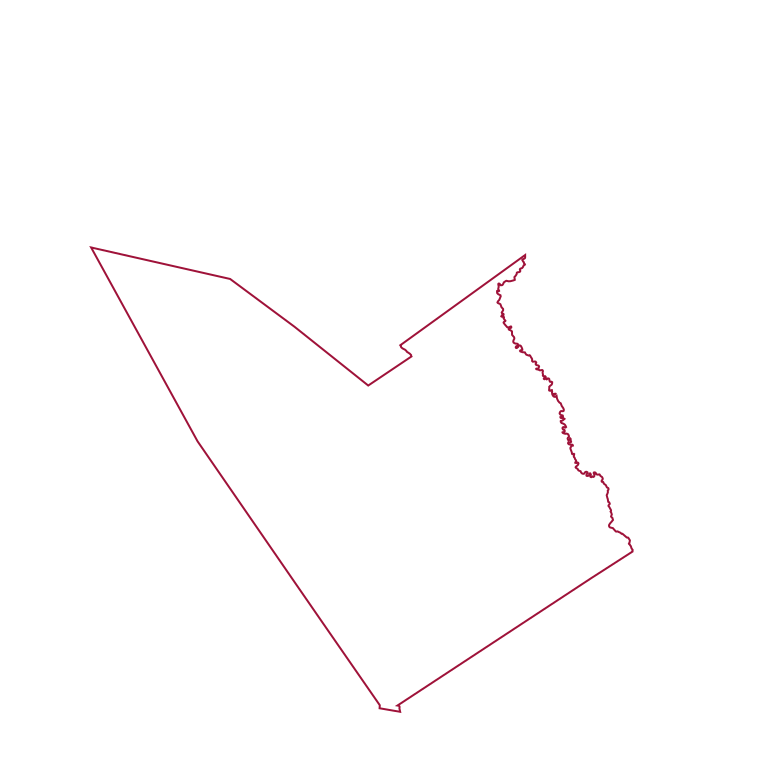 Avellaneda, Río Negro, Argentina, rotated 55°
{"feature_id": "61730980B30095926529222", "entity_name": "Avellaneda", "entity_type": "district", "adm_level": 2, "iso_a3": "ARG", "parent_name": "Argentina", "parent_adm1": "Río Negro", "projection": "albers", "projection_center": [-66.022, -39.232], "detail": "fine", "context": "isolated", "style": "outline", "palette": "rose", "viewbox_px": 768, "rotation_deg": 55, "n_neighbors": 0, "source": "geoboundaries", "source_scale": "gbopen_adm2", "svg_char_len": 6153}
<svg xmlns="http://www.w3.org/2000/svg" viewBox="0 0 768 768"><g transform="rotate(55 384 384)"><path d="M361.6,348.4L362.6,348.3L362.8,348.6L363.5,348.8L364.0,348.8L365.5,348.4L368.0,347.1L369.6,346.7L370.6,346.8L373.9,345.5L375.8,345.2L376.4,345.6L377.2,345.7L376.2,397.8L285.7,424.5L209.7,449.8L104.2,545.6L324.0,569.6L497.0,570.9L544.3,571.2L644.7,571.7L647.1,573.6L661.8,558.8L658.5,557.4L657.8,556.7L656.9,556.2L656.1,556.4L655.1,557.4L661.9,325.5L663.8,276.7L663.4,276.7L662.9,275.8L662.6,275.5L660.6,275.5L658.4,274.8L657.4,274.9L656.3,274.7L655.9,275.0L655.3,275.0L654.5,273.6L653.2,272.3L652.6,272.2L650.1,272.1L649.6,272.3L649.3,272.9L648.9,273.2L643.4,274.6L643.0,275.3L641.6,275.6L640.8,276.0L639.6,276.8L638.8,277.1L638.1,278.4L637.7,278.7L633.3,279.2L631.4,280.9L630.9,281.2L630.1,281.3L629.4,281.1L628.7,280.6L628.2,279.6L627.8,278.5L627.3,276.4L626.7,274.4L624.7,273.7L623.7,274.0L622.8,274.0L621.5,272.2L619.9,271.7L618.5,271.6L618.2,270.8L617.5,270.4L613.9,270.0L612.8,270.1L612.4,269.9L612.1,269.4L611.8,268.0L611.5,267.7L610.1,267.4L609.1,267.9L606.4,266.6L605.5,266.4L602.9,265.4L602.5,264.9L602.2,264.2L601.1,262.7L599.6,261.8L599.3,260.7L598.6,260.2L597.9,260.0L596.5,260.7L594.0,260.3L592.0,261.0L591.1,261.0L590.6,260.7L590.0,260.7L589.1,261.6L588.7,261.6L588.3,261.4L587.9,260.9L587.7,259.9L587.0,259.1L585.9,258.8L585.1,258.8L583.5,259.4L581.8,259.3L581.5,259.5L581.1,260.5L580.5,261.3L579.8,261.7L578.0,261.6L577.3,262.0L576.9,262.6L577.0,263.1L577.6,263.5L579.1,263.7L580.1,264.6L580.3,265.3L580.2,265.8L579.4,266.2L579.4,267.0L579.2,267.7L578.6,268.1L578.0,268.0L577.6,267.8L577.3,266.9L576.9,266.5L575.8,266.3L575.4,266.4L575.2,267.0L576.3,268.4L576.4,269.2L575.9,270.3L575.4,270.7L574.7,270.5L574.2,269.8L573.6,268.3L573.0,268.0L572.3,268.3L571.8,268.8L571.6,269.7L572.2,271.5L571.8,272.4L570.8,273.1L569.5,273.3L568.2,273.0L566.8,274.0L566.2,274.3L564.5,274.1L563.1,274.8L562.1,274.8L561.8,274.3L561.6,271.9L561.3,271.1L560.5,270.2L559.9,270.2L559.4,270.4L559.0,271.9L558.2,272.5L557.9,272.2L557.7,271.2L557.4,270.8L556.4,270.5L555.3,270.6L553.5,270.1L552.9,270.3L552.2,270.1L550.5,268.4L550.1,268.5L549.9,269.0L549.8,269.7L549.4,270.0L548.9,270.0L547.8,269.4L543.9,268.4L543.1,267.8L542.7,266.8L542.3,265.9L542.8,264.6L542.3,264.4L541.7,264.6L540.6,266.1L539.6,267.0L539.2,267.2L538.3,267.3L537.7,266.8L537.4,266.2L538.7,264.9L538.8,264.6L538.7,263.9L538.4,263.7L537.4,263.5L536.0,262.6L535.4,262.7L535.5,263.1L536.2,264.1L535.7,265.1L535.2,265.3L533.9,264.8L533.5,264.1L533.4,263.1L533.0,262.5L532.2,262.2L530.9,262.0L530.7,262.2L530.1,262.3L529.2,263.1L529.0,263.7L528.4,264.4L527.2,265.3L526.5,265.6L526.0,265.5L526.1,264.9L526.4,264.7L526.8,264.0L526.6,263.3L526.0,262.9L525.6,262.6L525.1,262.6L524.8,262.8L524.5,263.2L523.9,263.4L523.0,263.3L522.5,263.1L522.2,262.7L522.1,262.2L522.4,261.4L523.6,260.7L523.8,260.2L523.7,259.5L522.0,259.2L521.0,259.2L520.1,259.5L518.6,260.3L517.9,260.9L517.1,261.0L516.3,260.9L515.7,260.4L516.2,259.2L516.3,258.4L516.1,256.2L515.2,256.5L513.2,258.6L512.7,258.7L512.3,258.5L512.4,258.2L513.2,257.5L513.6,256.8L513.6,256.3L512.9,255.8L512.2,255.7L511.0,256.8L510.1,257.1L509.0,257.1L508.5,256.7L507.9,255.8L507.7,254.9L507.8,254.4L508.9,253.1L509.0,252.2L508.3,251.5L507.5,251.2L506.5,251.0L503.9,251.0L501.2,250.3L499.9,250.9L497.7,251.1L495.1,250.6L492.8,249.5L492.8,251.0L492.1,251.9L491.1,252.3L489.8,252.2L490.2,251.4L490.6,249.7L490.5,249.0L490.4,249.0L490.2,249.2L489.4,250.8L489.0,251.3L488.2,251.6L487.8,251.6L487.3,251.3L486.8,250.7L485.3,250.0L484.9,250.7L485.0,251.6L484.8,251.9L484.0,252.4L483.7,252.3L482.0,250.8L481.1,250.3L480.8,249.2L480.7,247.2L480.2,246.2L479.0,245.2L478.6,245.3L477.9,245.8L477.6,246.6L476.4,246.6L474.7,245.8L474.0,245.9L473.4,246.5L473.4,247.1L473.6,247.8L473.5,248.1L472.4,248.2L472.2,248.5L472.2,249.7L471.9,250.0L471.4,250.1L471.1,249.9L471.0,249.2L471.5,247.9L471.2,247.5L470.1,247.5L469.1,248.8L468.6,249.1L468.1,249.0L467.6,248.4L466.1,247.8L465.4,247.4L464.7,246.5L464.0,246.2L463.4,246.3L463.1,246.7L462.3,248.4L460.8,249.3L459.3,250.7L458.9,250.7L458.8,250.3L459.7,249.1L459.7,248.3L458.6,246.9L458.0,246.8L457.5,246.9L456.1,248.1L455.2,248.5L454.8,248.4L454.3,248.0L454.1,247.4L453.6,246.9L452.6,247.0L452.1,247.5L451.1,249.3L450.1,249.5L448.6,248.4L447.5,248.2L446.9,248.3L444.5,248.0L443.9,248.3L443.9,248.9L443.6,249.2L441.6,250.6L439.8,250.6L439.1,250.4L438.6,250.8L437.5,252.2L435.6,253.6L434.9,253.6L434.7,253.1L434.9,252.4L435.4,251.7L435.4,251.1L434.8,250.7L432.8,250.2L431.2,250.1L430.4,250.5L430.0,251.0L430.0,251.7L430.6,252.9L430.7,254.4L430.5,254.9L430.0,255.2L429.4,255.0L429.0,254.2L429.2,252.4L429.0,252.0L428.5,251.6L427.8,251.5L427.3,251.9L426.3,253.1L425.3,253.8L424.2,254.1L423.1,253.6L422.2,252.4L421.7,251.3L420.9,250.8L420.2,250.6L417.2,250.9L414.3,249.0L412.4,249.6L411.7,250.2L410.9,250.5L410.3,250.2L410.3,249.5L410.4,248.9L410.7,248.2L410.8,247.5L410.5,247.1L409.9,246.9L409.4,247.5L409.4,248.4L409.2,249.1L408.8,249.9L408.1,250.5L404.2,250.9L402.4,250.9L402.1,250.6L401.9,249.8L402.1,248.8L401.9,248.3L398.9,248.4L398.7,248.2L398.4,247.6L397.9,247.4L397.6,247.4L397.0,248.4L396.4,248.9L395.9,249.1L395.4,248.3L396.0,246.9L395.9,246.4L395.4,246.0L394.9,246.0L394.0,246.8L393.0,246.6L392.8,246.2L392.1,244.4L391.8,244.0L390.8,243.4L388.5,243.7L385.5,242.9L384.4,243.3L384.0,243.7L382.9,244.3L382.3,244.3L381.7,243.4L381.2,241.3L379.1,238.1L378.1,237.7L376.0,238.9L374.9,239.1L374.3,239.1L372.7,238.1L372.7,237.8L373.7,237.1L373.8,236.3L373.4,236.1L372.0,236.1L371.4,235.7L370.2,234.3L367.7,233.1L367.5,232.7L367.6,232.2L368.4,231.8L369.8,231.9L370.1,231.7L370.7,230.7L370.8,230.1L370.2,228.6L369.5,227.6L369.5,225.6L369.6,224.7L369.8,224.4L371.3,223.1L372.3,221.5L373.5,218.2L373.7,217.1L371.3,215.9L371.1,215.6L371.0,214.6L370.4,213.0L370.2,212.5L369.0,211.3L369.1,210.5L369.8,209.3L370.0,208.2L369.6,207.5L368.4,207.2L367.9,206.8L367.7,206.1L368.1,205.1L368.2,204.2L367.8,202.9L366.9,201.5L367.1,200.4L366.8,199.9L365.6,200.1L364.4,199.6L363.8,199.8L361.7,199.6L361.5,199.3L361.5,199.0L361.8,197.0L361.7,196.3L361.2,195.7L359.3,194.4L361.6,348.4Z" fill="none" stroke="#9f1239" stroke-width="2"/></g></svg>